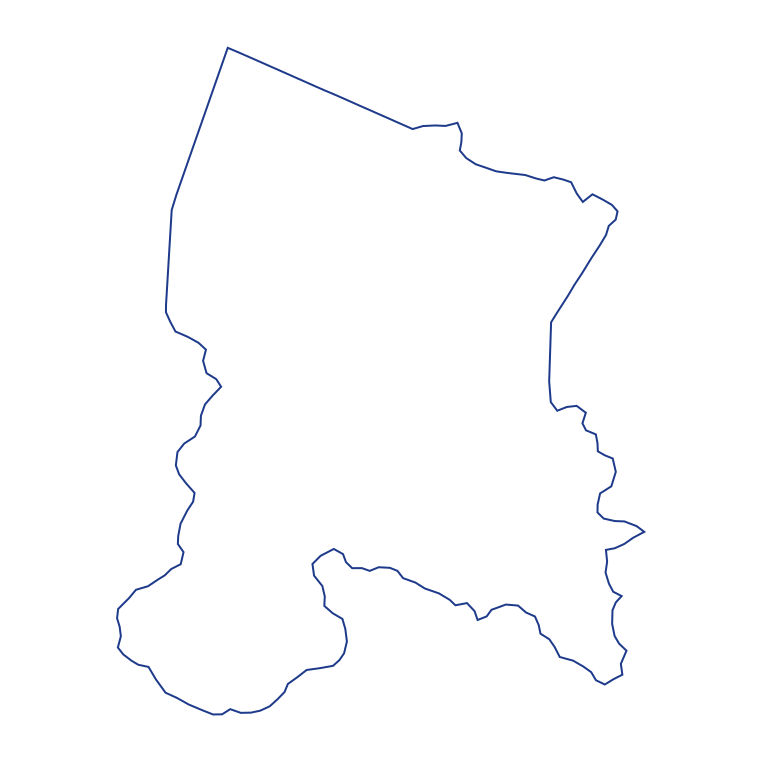 the district of Muqui, Espírito Santo, Brazil, rotated 91°
{"feature_id": "56859067B48645623438515", "entity_name": "Muqui", "entity_type": "district", "adm_level": 2, "iso_a3": "BRA", "parent_name": "Brazil", "parent_adm1": "Espírito Santo", "projection": "mercator", "projection_center": [-41.312, -20.933], "detail": "fine", "context": "isolated", "style": "outline", "palette": "blue", "viewbox_px": 768, "rotation_deg": 91, "n_neighbors": 0, "source": "geoboundaries", "source_scale": "gbopen_adm2", "svg_char_len": 2499}
<svg xmlns="http://www.w3.org/2000/svg" viewBox="0 0 768 768"><g transform="rotate(91 384 384)"><path d="M653.9,203.5L657.3,190.1L663.0,179.8L668.5,171.8L676.5,166.9L680.6,158.0L675.2,149.5L670.5,140.6L659.7,142.3L646.4,136.9L639.5,144.4L632.0,149.0L620.0,151.7L606.3,151.6L598.3,148.4L591.9,142.7L587.7,151.2L579.7,155.6L568.7,159.2L557.7,157.8L546.0,159.2L544.2,150.4L539.7,140.9L533.5,132.4L527.3,121.2L521.7,128.9L517.2,141.3L517.0,150.9L514.7,162.0L508.7,168.3L500.7,168.3L489.6,166.0L482.3,154.9L467.8,150.7L454.5,154.0L451.5,161.9L447.6,169.0L439.5,169.5L430.7,171.3L426.8,181.2L419.8,184.9L409.2,181.7L402.5,191.0L403.8,200.9L407.7,210.3L399.2,216.9L378.7,218.9L319.4,218.0L311.8,213.5L292.2,201.4L281.3,195.2L270.0,188.0L254.6,178.9L242.0,170.9L231.1,164.6L222.0,162.0L215.6,155.2L207.3,153.5L201.0,159.2L195.9,168.3L190.7,178.9L198.5,188.4L190.2,194.6L179.0,200.4L176.4,208.6L174.3,217.8L177.7,227.2L175.9,235.4L172.6,246.4L170.8,264.4L169.4,275.5L166.4,284.6L162.7,296.1L156.7,305.7L149.2,312.3L141.2,310.9L132.1,310.6L121.6,315.1L124.9,327.0L124.6,337.4L125.4,349.5L128.6,359.8L105.8,414.0L96.2,436.7L91.5,448.4L87.8,457.3L68.5,503.0L55.7,533.5L50.6,546.1L198.5,594.9L213.7,599.3L308.2,603.3L316.0,603.3L325.3,598.9L335.2,593.4L340.3,581.0L346.1,570.1L352.8,562.6L364.0,565.3L376.3,561.6L382.1,551.8L389.6,546.8L398.4,555.0L407.5,562.6L418.9,566.5L428.6,566.7L439.8,572.1L447.0,582.7L455.6,589.3L469.0,590.7L477.8,587.3L486.5,580.4L496.2,571.5L505.0,572.8L513.8,578.4L527.3,585.0L539.7,587.1L547.6,587.3L555.6,581.5L567.7,584.1L572.7,593.5L579.1,599.8L583.6,606.8L590.3,616.4L594.1,628.4L602.4,635.1L613.6,645.9L622.9,646.8L631.2,644.1L640.8,642.7L652.1,645.5L658.9,640.0L665.1,631.6L669.0,624.8L671.0,614.5L683.5,606.8L696.5,597.0L701.6,585.3L707.8,573.8L713.6,559.3L717.4,549.2L717.1,540.1L711.8,532.1L715.3,521.5L714.9,511.2L712.8,502.1L708.3,492.7L700.8,484.7L693.6,478.0L685.6,474.9L678.5,465.3L671.3,456.4L669.3,443.5L666.7,430.1L660.9,423.8L653.9,419.2L642.1,416.6L629.6,418.4L619.6,421.5L614.1,431.3L606.9,439.8L597.5,439.5L587.1,442.1L576.8,450.6L565.2,452.4L556.9,444.4L549.8,431.3L554.8,422.0L562.8,418.9L568.7,412.6L568.5,402.8L571.1,395.0L567.3,386.1L567.7,374.9L570.6,367.3L577.8,361.5L582.0,349.1L587.7,339.7L592.4,325.4L598.6,314.6L604.0,308.7L601.6,297.2L609.5,289.5L618.3,286.3L614.6,277.3L607.9,272.6L602.4,258.3L603.2,246.1L610.0,238.0L613.8,229.0L622.4,225.1L630.9,223.2L636.3,214.3L643.8,208.9L653.9,203.5Z" fill="none" stroke="#1e3a8a" stroke-width="2"/></g></svg>